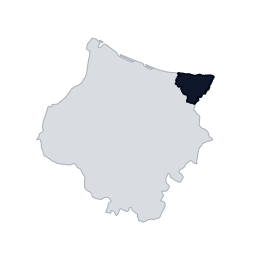 San Pedro, Bas-Sassandra, Ivory Coast (highlighted), rotated 207°
{"feature_id": "98640826B43081365176028", "entity_name": "San Pedro", "entity_type": "district", "adm_level": 2, "iso_a3": "CIV", "parent_name": "Ivory Coast", "parent_adm1": "Bas-Sassandra", "projection": "mercator", "projection_center": [-6.916, 5.016], "detail": "fine", "context": "in_parent", "style": "filled", "palette": "ink", "viewbox_px": 256, "rotation_deg": 207, "n_neighbors": 0, "source": "geoboundaries", "source_scale": "gbopen_adm2", "svg_char_len": 7855}
<svg xmlns="http://www.w3.org/2000/svg" viewBox="0 0 256 256"><g transform="rotate(207 128 128)"><path d="M63.4,57.9L64.2,57.9L66.3,57.3L68.1,55.9L69.8,53.1L72.2,50.8L74.8,50.9L75.6,50.5L76.5,50.4L77.6,51.9L78.7,53.1L79.5,53.1L80.1,55.3L84.9,56.2L86.9,56.8L88.6,58.4L89.2,58.4L90.0,58.1L90.5,57.5L90.6,56.9L89.9,55.5L90.2,54.2L91.0,53.1L92.2,53.0L94.1,52.7L96.2,52.7L97.8,52.9L98.5,51.7L97.9,48.5L98.0,46.7L98.3,45.2L98.9,44.6L101.2,46.5L103.4,47.2L105.0,47.2L105.4,46.9L104.7,44.8L104.9,44.2L105.5,43.8L106.5,43.6L109.3,42.8L109.6,42.9L110.1,46.2L109.8,47.2L110.4,49.4L111.1,51.5L111.1,52.3L110.5,53.6L109.8,54.8L109.9,55.2L111.0,56.0L113.1,56.8L115.3,57.0L116.5,55.8L117.8,54.9L118.6,54.0L118.9,52.7L120.3,51.8L124.3,50.6L128.0,50.4L128.8,50.8L130.5,52.6L132.6,53.8L135.8,53.7L138.1,54.4L140.1,55.8L141.4,58.8L142.9,61.0L143.5,64.2L145.8,65.8L147.6,66.5L150.1,68.8L152.6,70.0L155.3,69.7L156.5,70.9L158.4,71.7L160.4,71.8L162.1,69.2L164.4,68.1L170.2,66.0L172.5,65.1L174.8,64.5L180.3,64.3L185.5,65.0L188.0,65.4L189.8,65.1L191.5,66.3L193.2,68.9L194.6,69.8L196.0,70.7L197.1,72.7L198.3,74.8L199.0,75.7L200.6,77.7L201.9,77.7L203.2,76.9L203.8,76.2L204.0,77.6L203.5,79.7L203.6,81.0L204.4,81.6L204.0,83.3L202.4,86.2L202.4,87.9L203.9,88.5L205.0,90.3L205.7,93.4L206.3,94.5L206.4,95.1L207.5,102.7L208.8,110.4L208.0,111.4L206.8,111.6L206.0,112.0L205.8,112.7L206.3,113.7L206.0,114.7L204.5,115.4L201.3,117.8L201.1,118.7L200.2,120.8L199.5,122.0L198.5,124.4L196.8,130.5L196.2,135.6L196.1,137.2L195.4,138.3L194.7,139.9L191.2,144.3L189.5,147.8L189.7,149.4L189.8,150.9L189.3,152.1L189.3,155.1L189.8,157.6L190.4,160.1L192.9,167.1L194.2,171.3L195.0,174.7L195.8,177.1L196.4,178.0L196.7,178.9L200.5,179.5L201.2,180.0L202.2,184.5L202.0,186.5L201.3,187.3L201.3,189.0L201.1,191.1L200.6,191.9L198.5,192.0L197.1,192.8L195.2,192.5L195.0,192.0L194.0,191.8L191.2,190.6L191.7,186.7L190.4,186.6L189.4,187.1L187.4,191.7L186.5,192.5L172.6,190.1L169.6,188.2L166.0,187.7L159.7,188.0L154.6,188.5L153.1,189.7L166.2,189.0L167.6,189.2L168.2,189.9L151.7,191.4L145.4,192.3L143.5,192.1L142.1,190.6L135.2,190.4L133.8,190.9L133.0,192.0L135.7,191.7L139.9,191.7L141.1,192.5L127.7,193.6L118.5,195.7L114.6,197.2L101.7,202.3L93.8,204.7L91.7,205.6L88.2,208.1L83.6,209.7L78.4,212.6L75.2,213.2L74.5,212.3L74.5,207.4L74.0,200.7L74.2,198.2L74.6,195.8L74.6,193.8L76.2,193.1L76.6,192.3L76.8,189.7L78.3,187.4L78.3,183.3L78.8,182.4L79.1,181.3L78.5,178.7L77.6,173.6L77.2,173.3L76.9,173.5L76.1,173.6L72.8,171.8L70.3,171.5L68.6,170.0L68.5,168.3L67.6,167.3L67.0,165.4L66.1,163.1L63.7,161.7L61.4,161.4L59.7,161.7L57.8,161.6L55.6,160.9L54.0,160.0L52.6,158.3L51.3,157.0L50.2,157.2L48.9,156.9L47.6,156.3L47.2,155.8L52.5,150.6L54.4,148.0L54.6,146.4L54.6,144.8L55.2,143.2L55.3,140.7L52.3,131.7L51.6,128.9L50.8,128.1L50.3,127.8L51.8,126.6L53.9,126.9L57.0,127.8L57.7,126.9L60.1,122.3L60.1,120.7L59.8,119.5L61.2,116.4L62.3,115.2L62.9,113.8L62.7,112.1L61.9,111.4L60.8,111.5L59.5,111.1L57.4,110.1L56.4,109.2L56.7,105.0L56.9,103.7L57.6,103.0L58.7,102.8L61.9,102.7L64.4,103.2L66.7,103.4L67.9,103.4L68.8,104.6L70.1,105.9L71.2,105.9L71.6,105.0L71.4,100.9L70.6,98.7L68.9,96.6L64.5,94.9L64.4,92.4L64.8,89.7L65.8,88.7L69.1,87.0L68.5,86.1L67.4,85.1L65.4,84.1L65.8,80.9L65.9,78.0L64.2,78.3L62.4,78.5L60.8,77.6L59.6,75.8L59.3,71.0L59.3,65.5L59.1,63.0L59.6,61.7L61.1,60.5L62.8,58.9L63.4,57.9ZM193.4,192.6L192.7,193.6L189.2,193.0L190.0,192.1L193.4,192.6Z" fill="#d9dde1" stroke="#a8b0b8" stroke-width="1"/><path d="M79.6,179.5L79.5,179.8L79.5,180.1L79.7,180.5L79.2,180.4L79.1,180.5L79.1,181.1L79.0,181.4L79.1,181.6L79.5,181.8L79.4,182.1L79.0,181.9L78.9,182.0L79.2,182.4L79.2,182.5L78.9,182.6L78.8,182.8L78.7,183.1L78.4,183.2L78.3,183.4L78.3,183.8L78.5,184.2L78.4,184.6L78.1,184.4L78.0,184.2L77.9,184.1L77.7,184.3L77.6,184.5L77.8,184.8L78.0,185.0L78.2,185.7L78.3,185.9L78.9,186.3L79.0,186.4L79.3,186.2L79.3,185.9L79.5,185.8L79.4,186.2L79.4,186.8L79.5,187.1L79.9,187.1L79.6,187.3L79.6,187.5L79.4,187.5L79.2,187.6L79.0,187.8L79.2,188.2L79.1,188.3L78.9,188.4L78.8,188.8L78.4,189.1L78.6,188.9L78.6,188.7L78.3,188.6L78.5,188.5L78.6,188.2L78.5,187.9L78.1,188.0L77.9,188.3L77.7,188.3L77.4,188.5L77.2,188.4L77.0,188.5L76.9,188.8L76.9,189.0L77.2,189.1L77.2,189.6L76.7,190.0L76.8,190.4L76.9,190.5L77.0,190.7L77.0,190.9L77.1,191.3L77.0,191.7L76.9,192.0L76.7,192.2L76.7,192.6L76.3,192.7L76.2,192.9L76.3,193.0L76.0,193.3L76.0,193.0L75.9,192.9L75.5,193.0L75.3,193.3L75.0,193.4L74.8,193.6L74.7,193.6L74.6,193.9L74.7,194.0L74.8,194.3L74.9,194.6L75.0,194.8L74.9,194.9L74.8,195.2L74.8,195.4L74.9,195.7L75.2,195.8L75.1,196.2L75.0,196.4L74.9,196.5L74.7,196.6L74.9,197.0L75.1,196.9L75.2,197.0L75.4,197.3L75.3,197.5L75.4,197.8L75.6,198.0L75.2,198.2L74.9,198.0L74.6,198.1L74.6,198.4L74.4,198.4L74.2,198.3L73.8,198.5L73.6,198.9L73.6,199.1L73.8,199.2L73.9,199.4L73.9,199.7L74.0,199.8L73.9,199.9L73.8,200.0L74.1,200.6L73.9,200.7L73.8,200.8L73.8,201.2L73.8,201.3L74.2,201.7L74.7,201.8L74.5,202.1L74.6,202.5L74.8,203.0L74.6,203.4L74.8,203.9L74.8,204.0L74.7,204.1L74.4,204.3L74.6,204.8L74.3,204.9L74.3,205.2L74.3,205.3L74.6,205.4L74.7,205.5L74.8,206.1L75.0,206.4L74.8,206.6L74.8,206.8L74.4,206.8L74.3,207.1L74.6,207.4L74.7,207.5L74.6,207.8L74.7,208.0L74.5,208.4L74.9,209.0L74.7,209.1L74.8,209.6L74.6,209.7L74.6,209.9L74.5,210.1L74.5,210.4L74.6,210.6L74.8,210.8L75.2,211.0L74.9,211.2L74.7,211.3L74.4,211.9L74.5,212.3L74.9,212.8L75.3,212.7L75.4,212.9L75.7,213.0L75.9,212.9L76.7,213.0L77.2,212.9L77.4,212.8L78.0,212.6L78.6,212.5L79.2,212.1L79.9,211.8L80.3,211.4L80.6,211.3L81.0,211.2L81.2,210.8L81.4,210.6L81.9,210.4L82.2,210.4L82.9,210.3L83.1,209.7L84.0,209.2L84.3,209.1L84.6,208.8L85.2,208.7L85.4,208.6L86.0,208.6L87.3,208.5L87.5,208.5L87.7,208.4L88.0,208.4L88.2,208.2L88.8,208.1L88.8,207.9L88.9,207.6L89.2,207.3L89.5,207.3L89.6,207.0L90.1,206.8L90.0,206.7L90.3,206.4L90.6,206.1L90.8,206.0L91.4,205.8L91.8,205.5L91.7,205.2L91.8,205.0L91.9,204.9L92.5,204.8L92.8,204.8L93.2,204.7L95.8,204.3L95.9,204.2L96.5,204.2L96.8,204.2L97.3,204.1L97.4,203.8L98.3,203.7L98.9,203.5L99.4,203.2L99.6,203.2L100.1,202.8L100.1,202.6L100.7,202.3L101.1,202.2L101.3,202.1L101.5,202.1L101.8,202.0L102.6,201.9L102.8,201.8L103.1,201.8L104.1,201.6L104.3,201.3L104.7,201.0L105.3,201.0L105.6,200.8L105.7,200.7L106.4,200.6L106.6,200.6L107.8,200.1L108.2,200.0L108.2,199.9L108.3,199.7L108.2,199.5L108.3,199.2L108.1,199.2L107.9,199.1L107.8,198.7L107.7,198.7L107.5,198.4L107.3,198.4L107.2,198.4L107.1,198.5L107.0,198.3L106.9,198.3L106.6,198.5L106.4,198.6L106.0,198.6L106.0,198.4L105.8,198.1L105.5,198.0L105.3,197.7L105.6,197.5L105.9,197.5L106.0,197.4L106.4,197.1L106.7,197.1L107.2,196.5L107.1,196.4L107.0,196.1L107.1,195.9L107.0,195.5L106.9,195.3L106.5,195.0L106.4,194.7L106.4,194.4L106.9,194.2L107.1,194.1L106.9,193.9L106.9,193.7L107.1,192.6L106.9,192.1L106.7,192.0L106.2,191.7L106.0,191.0L105.8,190.9L105.7,190.8L105.7,190.7L105.8,190.6L105.7,190.1L105.7,189.8L105.8,189.7L105.6,189.6L105.6,188.8L104.4,188.8L103.7,188.9L103.4,188.6L102.7,187.8L102.0,187.8L101.9,187.9L101.5,187.7L101.5,187.8L100.8,188.1L100.7,188.3L99.7,188.5L99.4,188.7L99.4,188.9L98.9,189.0L98.7,188.9L98.7,187.1L98.4,187.1L98.3,186.9L98.0,186.8L97.8,186.9L97.7,186.8L97.8,186.7L97.5,186.7L97.3,186.4L97.1,186.4L97.1,186.1L96.9,186.0L97.0,185.5L96.9,185.4L96.8,185.2L96.1,184.9L95.5,184.7L94.4,183.7L94.0,183.8L93.9,183.7L93.7,183.6L93.4,183.8L93.2,183.8L92.8,183.8L92.7,183.7L92.3,183.6L92.0,183.7L91.8,183.7L91.7,183.8L91.7,184.0L91.4,184.2L91.0,184.1L90.6,184.1L89.2,183.6L89.3,183.4L89.3,183.1L89.2,183.1L88.8,182.6L88.9,182.4L88.7,182.2L88.3,182.1L88.0,181.9L87.9,181.7L88.0,181.6L88.3,181.4L88.2,181.2L88.2,180.9L88.2,179.9L88.3,179.8L88.1,179.5L88.0,179.2L87.7,178.7L87.7,178.4L87.5,178.1L87.4,178.2L87.3,178.3L82.9,178.8L82.8,179.0L82.7,179.1L82.5,179.4L82.4,179.5L82.0,179.4L81.8,179.3L81.6,179.3L81.3,179.5L81.2,179.5L80.9,179.5L80.6,179.3L80.1,179.4L79.6,179.5Z" fill="#0f172a" stroke="#020617" stroke-width="1.5"/></g></svg>